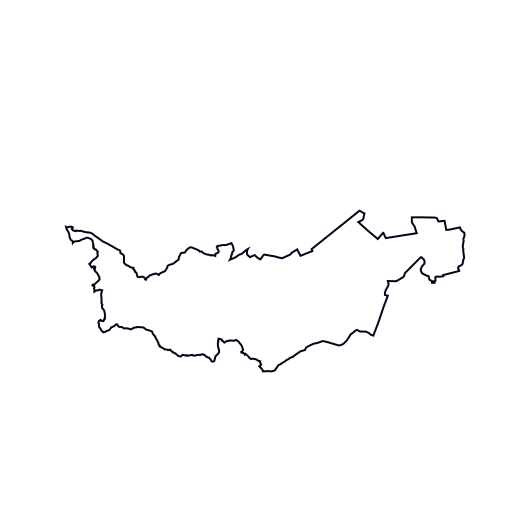 Dalnic, Covasna, Romania (Mercator projection), rotated 313°
{"feature_id": "2599482B83392942067718", "entity_name": "Dalnic", "entity_type": "district", "adm_level": 2, "iso_a3": "ROU", "parent_name": "Romania", "parent_adm1": "Covasna", "projection": "mercator", "projection_center": [25.968, 45.934], "detail": "fine", "context": "isolated", "style": "outline", "palette": "ink", "viewbox_px": 512, "rotation_deg": 313, "n_neighbors": 0, "source": "geoboundaries", "source_scale": "gbopen_adm2", "svg_char_len": 6153}
<svg xmlns="http://www.w3.org/2000/svg" viewBox="0 0 512 512"><g transform="rotate(313 256 256)"><path d="M383.6,414.8L384.4,413.6L384.6,412.6L385.3,411.7L387.1,411.4L388.9,412.4L390.8,412.5L393.2,411.3L393.9,410.5L396.6,409.5L401.2,403.9L402.6,402.9L403.1,401.8L404.4,400.3L408.5,397.7L409.5,396.5L410.5,395.7L413.1,394.7L415.1,392.4L414.7,390.2L415.0,387.6L416.0,385.6L407.6,379.8L404.8,377.4L410.3,369.9L405.7,365.9L407.0,362.4L406.1,360.6L397.0,350.5L390.5,343.6L386.9,347.1L385.8,351.6L382.3,358.0L357.6,338.7L359.8,333.3L359.7,333.1L351.5,333.5L350.8,320.0L350.6,307.7L354.7,309.2L356.0,309.3L361.1,306.3L360.4,304.0L360.1,301.8L359.7,300.8L299.1,292.0L298.0,293.8L286.5,288.4L288.9,281.6L282.6,279.9L280.5,280.1L272.3,276.7L270.3,273.6L268.8,270.5L262.7,261.1L261.5,260.8L257.4,261.5L256.4,261.4L255.7,258.0L255.8,254.4L251.0,252.3L251.0,248.5L252.2,247.0L254.3,245.6L255.5,245.3L253.5,244.7L248.3,244.1L246.9,243.7L245.7,242.9L240.7,241.8L235.5,239.5L236.8,239.2L240.0,237.4L241.5,236.9L242.7,236.0L244.3,236.1L245.1,235.8L247.2,232.9L248.2,230.7L248.6,229.3L248.5,229.0L247.0,228.5L243.3,226.4L241.3,224.1L238.5,222.3L237.7,221.4L236.5,220.9L235.9,221.1L235.6,222.1L234.8,223.1L234.4,224.9L233.5,225.9L232.6,226.0L229.9,224.9L228.3,226.1L228.1,225.6L226.4,222.9L225.8,222.8L225.5,222.5L225.1,221.2L223.4,218.7L222.4,216.1L222.2,214.8L222.3,213.3L220.8,211.8L220.8,211.2L221.1,210.5L220.8,209.4L218.5,203.3L217.6,202.0L215.4,201.3L212.5,201.2L210.2,201.6L209.4,201.2L208.0,199.7L206.8,199.2L202.5,200.5L200.7,201.8L193.9,200.7L190.1,198.5L188.5,198.1L186.6,199.1L182.9,199.8L178.5,197.9L177.2,197.7L175.9,197.9L175.6,197.4L175.6,196.2L174.9,194.7L173.1,193.8L172.7,193.2L169.1,191.5L168.3,191.6L165.5,191.0L163.6,191.7L163.3,191.0L164.1,189.1L163.6,187.2L160.6,184.6L160.0,183.7L161.0,181.6L162.0,180.4L162.2,179.7L162.0,179.1L162.0,178.0L162.8,177.1L162.8,175.1L163.7,174.6L162.3,172.1L161.5,168.4L160.9,167.6L160.9,164.6L161.4,163.6L165.3,160.1L166.0,159.2L166.3,158.4L166.3,156.9L165.7,155.2L165.9,154.5L167.2,153.1L167.2,152.4L166.3,150.1L164.8,143.4L164.2,141.5L163.9,139.2L163.3,138.1L162.9,136.1L162.2,134.3L161.5,128.1L160.8,124.1L160.8,121.2L159.7,118.4L157.3,115.2L154.8,110.5L154.0,109.9L151.8,107.0L151.3,107.2L151.0,107.0L149.9,104.5L149.9,104.1L150.4,102.5L151.9,102.8L152.0,102.5L151.9,101.5L151.6,101.0L149.9,99.4L148.3,98.5L147.8,97.2L146.3,99.5L146.0,101.3L144.8,104.1L142.4,107.3L141.9,108.4L141.5,109.7L141.8,110.8L141.8,111.8L140.7,113.0L141.3,112.9L143.2,113.7L146.8,116.7L148.6,117.1L151.4,118.6L153.6,119.5L154.1,119.8L155.5,122.5L155.9,124.1L155.7,126.0L154.0,128.2L153.5,129.4L152.5,129.8L152.3,130.6L151.9,130.6L151.4,131.0L151.5,131.3L151.0,131.6L150.9,132.1L151.2,132.8L150.9,133.1L150.9,133.5L151.6,134.7L151.2,136.6L151.3,137.3L149.9,138.0L148.3,140.2L148.0,140.3L145.0,140.3L142.0,139.6L140.0,139.5L138.6,139.8L136.5,139.5L135.8,143.3L135.6,143.6L137.7,144.3L138.3,145.2L138.4,145.8L136.9,146.9L136.7,145.9L136.5,145.7L136.0,146.5L135.9,147.3L135.2,148.1L135.1,151.7L133.5,156.2L132.6,156.9L132.3,157.5L131.4,157.7L125.1,157.2L123.5,156.1L123.0,156.6L122.9,157.0L123.6,158.2L122.9,159.3L121.7,159.7L121.1,160.8L119.7,162.1L121.7,162.6L122.3,163.0L123.0,163.9L124.5,164.4L124.9,164.8L125.3,165.9L126.0,166.9L122.6,168.6L118.9,172.7L116.2,175.1L115.5,177.0L114.8,177.0L113.7,178.1L113.0,179.0L112.9,180.9L112.3,182.6L110.5,185.1L108.9,186.7L107.9,187.3L107.2,188.4L106.1,188.1L105.0,188.8L104.1,188.6L103.0,186.8L103.4,186.5L103.3,185.9L101.4,185.4L99.6,186.4L99.2,187.7L97.8,188.7L97.0,190.1L96.7,192.2L96.0,194.1L96.1,196.4L97.4,197.3L99.7,198.0L100.9,198.9L102.4,199.2L105.3,198.8L106.1,199.4L108.3,200.1L110.7,200.3L111.3,201.0L111.0,201.7L110.7,203.4L111.0,204.5L112.2,205.8L112.7,206.9L113.0,208.9L114.7,210.4L116.0,212.4L116.6,214.1L119.3,215.5L120.2,215.5L122.3,217.3L123.1,217.5L126.8,222.2L127.2,223.9L127.2,225.9L128.3,227.6L129.8,231.3L129.3,232.8L128.7,233.5L128.4,236.9L127.6,238.6L127.0,241.0L125.9,243.5L125.9,244.0L125.1,244.7L124.9,246.4L124.3,246.6L124.5,247.2L124.3,247.7L124.4,248.5L125.0,249.8L125.5,253.0L126.8,254.6L127.2,256.0L128.4,256.5L129.0,257.4L128.8,257.6L128.7,259.8L129.1,260.6L128.9,261.4L129.7,263.2L129.9,267.3L130.6,268.7L131.2,269.5L133.7,269.7L134.1,270.6L135.2,272.3L136.2,272.9L135.9,273.4L136.5,274.3L137.0,274.4L137.9,275.2L139.3,275.9L139.8,276.9L140.3,277.0L140.4,277.8L141.5,279.4L143.4,280.4L144.9,281.8L145.3,282.6L146.6,283.1L148.0,284.2L147.9,285.1L148.5,285.6L148.6,286.9L148.4,288.1L148.6,289.0L149.6,291.0L149.3,293.6L148.7,295.2L148.9,295.8L149.8,296.9L150.8,297.1L154.9,294.8L159.6,294.9L160.8,294.3L161.9,293.3L163.3,290.8L165.6,288.1L166.6,287.3L167.2,287.3L168.3,285.9L169.1,285.8L169.9,285.0L170.6,285.9L171.5,287.8L170.8,289.2L171.4,290.1L171.0,291.7L171.1,292.0L173.4,292.5L176.4,294.5L179.2,297.9L181.0,298.6L181.6,301.4L181.3,302.0L180.9,305.8L180.3,307.4L178.6,310.5L177.1,310.9L175.8,310.6L175.4,311.1L176.7,313.6L176.2,315.1L177.3,315.2L177.3,319.3L176.9,321.2L177.2,321.7L177.3,322.7L178.4,323.3L180.5,326.5L180.8,327.5L180.7,328.6L181.8,330.8L181.3,331.1L180.7,331.9L180.2,333.7L178.8,333.9L177.6,333.6L177.3,338.2L176.3,339.7L180.5,343.8L182.1,346.0L185.1,347.8L191.5,346.8L193.1,347.6L195.3,348.0L198.8,349.1L200.3,349.2L203.2,350.2L204.7,350.3L207.5,351.8L208.6,351.8L216.5,353.5L220.6,355.9L222.9,355.2L224.1,355.2L230.8,357.8L234.3,360.2L239.4,362.9L241.2,365.9L247.1,377.6L248.0,378.4L251.2,379.8L256.1,380.0L263.5,378.7L266.2,379.3L269.4,379.6L270.9,380.3L271.6,383.4L275.8,388.2L276.6,390.9L276.8,394.2L277.4,394.8L277.8,396.1L291.8,390.4L306.1,383.9L316.8,379.5L315.5,376.9L316.7,375.6L319.4,374.2L325.0,372.8L325.8,372.1L327.6,369.5L333.2,375.8L341.1,378.1L342.5,377.9L345.0,376.6L367.2,377.3L368.0,378.0L367.8,379.4L368.0,381.0L366.8,383.3L365.2,384.4L362.2,384.4L359.2,385.2L357.5,386.8L357.3,387.7L356.6,388.9L357.3,391.9L357.2,392.0L357.7,392.9L358.1,394.4L358.8,395.4L358.9,396.1L356.9,398.9L357.7,401.9L356.4,403.0L357.8,404.5L358.0,404.3L358.2,404.6L359.0,403.5L359.8,404.3L360.5,404.0L362.7,401.6L363.5,401.8L364.4,402.4L366.2,404.6L369.0,406.8L369.7,405.9L383.6,414.8Z" fill="none" stroke="#020617" stroke-width="2"/></g></svg>